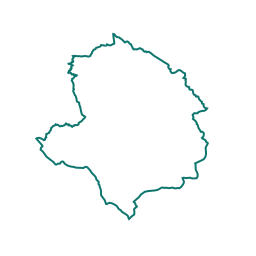 outline of Kon Tum, Kon Tum, Vietnam, rotated 302°
{"feature_id": "81297802B636661033486", "entity_name": "Kon Tum", "entity_type": "district", "adm_level": 2, "iso_a3": "VNM", "parent_name": "Vietnam", "parent_adm1": "Kon Tum", "projection": "natural_earth1", "projection_center": [107.986, 14.341], "detail": "fine", "context": "isolated", "style": "outline", "palette": "teal", "viewbox_px": 256, "rotation_deg": 302, "n_neighbors": 0, "source": "geoboundaries", "source_scale": "gbopen_adm2", "svg_char_len": 5680}
<svg xmlns="http://www.w3.org/2000/svg" viewBox="0 0 256 256"><g transform="rotate(302 128 128)"><path d="M200.5,133.1L200.0,132.0L200.3,130.7L201.4,129.6L202.5,129.5L203.0,128.7L203.1,128.1L203.0,124.3L203.1,115.1L203.0,112.0L203.6,107.8L203.7,106.0L203.6,105.3L203.4,104.8L202.3,103.8L202.4,103.1L202.4,102.5L202.1,102.1L201.5,101.8L201.4,101.4L201.8,99.7L202.4,98.7L202.0,97.6L202.1,95.9L200.1,94.4L199.3,93.9L198.7,92.5L197.6,91.0L198.2,89.7L198.8,89.1L199.3,87.8L200.4,86.5L200.5,86.2L200.4,85.4L200.5,84.4L201.1,82.8L201.1,81.8L201.0,81.4L200.2,80.7L199.1,80.3L198.9,79.9L199.5,77.7L200.0,74.9L199.9,73.7L200.1,72.4L199.4,70.7L199.2,69.9L199.7,68.2L200.2,67.0L200.2,66.6L199.9,65.7L198.3,66.8L192.9,71.3L192.1,71.6L191.8,71.4L191.5,70.9L189.5,69.9L188.4,68.9L188.0,67.7L187.9,65.9L186.6,66.0L186.3,65.8L185.6,64.7L185.2,63.9L184.9,62.8L184.0,61.2L183.2,61.4L182.4,61.2L181.2,60.3L179.2,58.6L178.5,58.4L177.6,58.6L176.1,57.4L173.0,57.4L172.1,57.8L170.9,57.6L170.1,57.7L169.5,57.9L168.7,57.6L168.1,57.1L167.7,56.7L166.3,53.4L164.0,50.6L163.1,48.6L162.2,47.3L161.5,45.6L160.9,45.1L160.5,43.7L159.8,43.1L159.2,44.5L158.8,44.6L157.5,44.3L156.8,44.4L156.1,44.9L155.8,46.0L155.1,46.4L154.6,46.2L154.0,45.3L153.7,45.3L153.2,45.7L152.6,45.7L152.0,44.5L151.0,43.5L150.9,43.6L151.1,44.3L151.7,45.6L151.5,46.6L151.8,47.5L151.8,48.0L151.5,47.9L150.9,47.4L150.1,47.4L149.6,47.4L149.2,47.7L149.0,48.4L148.9,48.5L148.0,48.5L147.5,48.0L147.0,48.6L146.7,48.6L145.3,47.6L145.2,47.7L145.1,48.3L144.8,48.6L144.6,48.5L143.8,47.9L143.4,47.9L143.1,48.2L143.1,48.6L144.1,49.2L144.4,49.8L144.4,50.4L143.7,51.6L143.6,51.9L143.7,52.1L144.1,52.2L144.4,52.9L144.8,53.1L144.8,53.3L144.2,53.6L144.2,54.0L144.4,54.4L145.2,55.1L145.5,56.6L144.8,56.6L144.5,56.5L144.0,55.5L143.8,55.4L141.7,55.4L141.0,55.2L140.2,54.6L139.6,55.1L138.6,55.0L137.9,56.0L137.4,57.5L136.9,57.7L136.2,58.4L135.8,59.1L132.6,60.7L132.4,61.4L132.2,61.7L130.9,61.6L129.9,62.3L128.6,64.4L127.8,65.3L127.5,66.5L127.1,67.0L125.8,68.5L123.5,70.6L123.3,71.2L123.6,72.6L123.6,73.2L122.5,73.8L120.2,76.6L116.5,80.1L114.9,82.0L114.9,85.7L113.4,85.9L111.2,85.2L110.1,85.2L109.1,85.0L107.8,84.2L106.1,83.5L105.1,84.1L104.6,84.1L103.5,83.4L102.6,81.6L101.7,80.9L101.4,81.1L101.0,80.6L100.4,80.2L99.4,80.0L99.4,79.6L99.6,79.2L99.7,78.3L99.4,77.7L99.3,77.1L98.7,76.0L98.8,75.7L99.4,75.9L99.6,75.9L99.5,75.6L98.8,74.2L98.8,73.9L99.0,73.5L99.0,73.0L98.3,72.9L97.8,73.0L96.5,72.6L95.9,72.0L94.8,71.3L94.7,70.6L94.4,70.3L93.9,70.0L93.6,69.8L93.4,69.4L93.5,66.8L93.4,66.4L92.9,66.0L92.8,64.7L91.6,64.7L90.1,63.5L88.3,63.2L87.3,62.8L85.7,63.6L82.9,63.4L82.2,63.7L81.6,63.2L80.3,62.6L79.5,61.9L79.0,62.3L78.6,62.5L77.8,62.9L77.1,63.1L76.6,63.7L76.4,63.6L76.1,63.3L75.7,63.3L74.7,63.4L74.2,63.8L73.8,63.7L73.4,63.4L73.1,63.1L73.2,62.6L73.0,59.7L72.7,58.1L71.6,56.6L70.5,55.9L69.8,57.8L68.4,62.6L67.6,64.8L67.2,65.2L66.8,65.2L65.8,64.8L65.1,64.7L63.6,65.2L63.3,65.4L63.0,67.5L62.6,69.1L60.5,73.9L60.2,76.7L59.6,82.8L59.5,83.3L58.8,85.0L58.7,85.8L58.8,86.3L59.2,86.7L59.7,87.1L60.8,87.6L61.3,88.7L61.6,89.0L62.0,89.2L63.5,89.2L63.9,89.4L64.7,89.9L65.0,90.4L65.1,90.8L65.0,91.4L64.2,93.1L64.1,95.0L64.1,96.5L64.9,99.7L66.1,102.3L66.5,103.8L67.1,105.5L69.3,109.2L70.1,110.9L70.6,111.4L72.4,112.4L73.0,113.3L73.1,113.8L73.0,114.8L72.3,117.5L71.7,119.0L70.7,121.1L70.0,124.1L69.5,125.9L69.1,126.8L67.4,128.8L66.9,131.5L66.5,131.9L64.9,132.6L64.7,132.9L64.5,134.0L63.0,135.3L61.4,137.5L59.4,139.1L57.0,140.6L56.3,141.7L55.9,143.0L55.4,143.7L55.1,145.0L54.6,146.1L54.1,147.0L52.0,149.5L52.0,149.9L52.3,150.3L53.5,151.0L54.0,151.5L54.5,151.7L55.1,152.7L55.7,154.7L55.9,157.1L56.0,158.6L55.8,160.1L54.4,163.1L54.5,164.4L54.3,165.2L54.4,165.9L53.7,167.0L53.7,172.2L53.4,174.4L52.9,175.1L52.0,176.0L51.4,177.1L55.1,178.0L56.4,178.5L57.5,179.0L57.8,179.1L58.8,178.7L60.7,177.5L62.1,176.4L62.6,176.2L63.0,176.2L66.0,177.2L66.8,175.3L67.9,174.0L68.3,172.9L68.3,172.0L68.5,171.9L75.2,173.9L78.0,174.2L79.1,174.4L80.8,175.3L82.6,175.9L83.1,176.3L85.5,178.9L89.3,183.9L90.4,185.1L91.5,186.1L95.0,188.0L95.7,188.6L96.0,189.1L96.4,190.5L97.8,192.3L98.3,193.9L98.6,194.5L101.0,197.3L101.3,198.1L101.4,199.1L101.6,199.7L103.3,201.8L104.2,203.5L105.9,204.2L107.4,204.5L110.2,204.5L111.1,204.4L112.0,203.9L112.9,203.0L113.8,201.6L114.5,200.8L115.3,201.5L116.4,204.0L118.8,207.0L119.1,208.7L120.0,210.4L121.6,212.6L122.5,212.9L123.1,212.9L124.2,212.5L125.8,211.5L126.3,211.0L128.3,207.9L128.9,207.3L130.4,206.2L132.7,204.8L133.6,203.7L139.0,207.2L141.5,208.7L142.7,208.9L144.5,208.9L147.3,208.0L152.6,204.2L156.8,203.9L157.5,203.7L157.7,201.5L158.7,200.3L158.7,198.3L158.5,196.8L158.8,195.9L159.3,196.0L160.5,196.4L160.9,196.4L163.0,195.6L163.7,195.0L164.1,193.8L164.2,193.2L163.9,192.4L163.3,191.7L163.8,191.1L164.0,190.7L165.3,188.0L166.4,186.6L167.6,185.3L167.8,184.9L167.7,184.2L168.5,183.8L169.1,182.9L169.8,181.1L170.1,178.3L171.6,178.0L173.3,175.9L175.6,176.3L177.2,179.0L177.9,179.3L178.7,179.3L179.2,179.6L181.3,181.3L182.5,182.9L183.3,183.8L184.9,184.5L185.7,184.7L186.5,184.7L185.9,183.1L186.1,181.4L186.7,180.5L188.3,179.5L188.0,178.1L188.2,177.6L188.4,177.3L189.4,176.9L189.4,175.6L190.1,173.1L191.8,171.0L191.8,170.5L190.7,169.2L190.8,168.7L191.5,168.2L191.6,167.9L191.3,166.8L191.3,166.2L191.7,165.4L192.4,164.6L193.3,163.8L194.0,163.3L194.2,163.0L194.3,162.2L194.1,161.4L193.5,160.6L193.3,159.8L193.8,159.0L195.1,158.2L194.7,157.0L194.5,156.0L194.9,154.3L195.6,153.6L198.0,152.5L198.9,151.5L200.3,151.1L200.3,150.6L199.8,148.6L202.4,148.9L204.5,147.4L204.2,145.3L204.6,143.3L204.5,141.5L204.4,140.9L204.0,140.4L203.0,139.8L200.3,138.8L198.4,137.0L198.0,136.4L198.0,135.5L198.6,133.9L199.3,133.4L200.5,133.1Z" fill="none" stroke="#0f766e" stroke-width="2"/></g></svg>